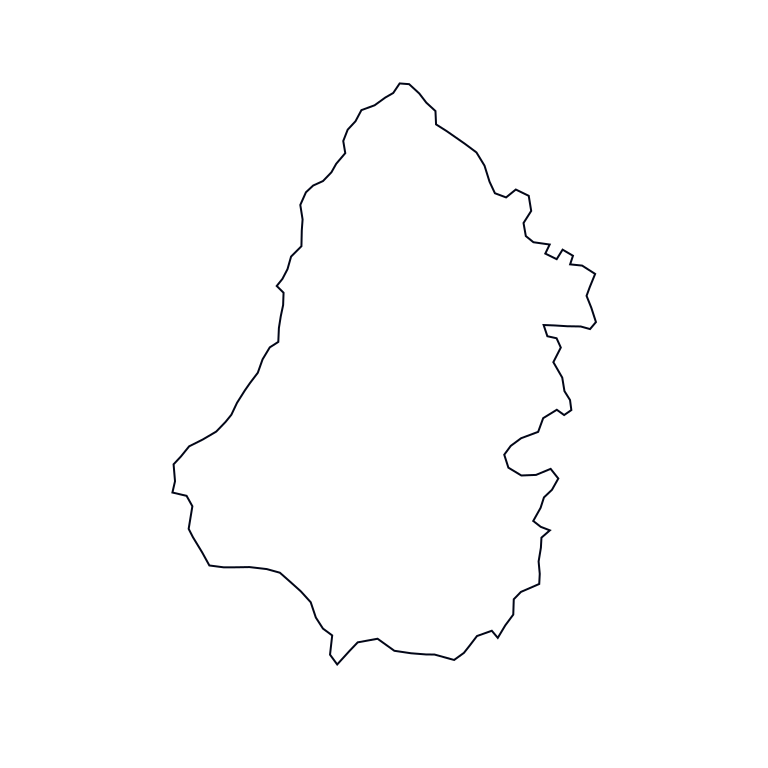 Capela do Alto, São Paulo, Brazil (Mercator projection), rotated 164°
{"feature_id": "56859067B13342023452969", "entity_name": "Capela do Alto", "entity_type": "district", "adm_level": 2, "iso_a3": "BRA", "parent_name": "Brazil", "parent_adm1": "São Paulo", "projection": "mercator", "projection_center": [-47.738, -23.473], "detail": "fine", "context": "isolated", "style": "outline", "palette": "ink", "viewbox_px": 768, "rotation_deg": 164, "n_neighbors": 0, "source": "geoboundaries", "source_scale": "gbopen_adm2", "svg_char_len": 1905}
<svg xmlns="http://www.w3.org/2000/svg" viewBox="0 0 768 768"><g transform="rotate(164 384 384)"><path d="M231.3,581.1L240.2,592.8L254.3,610.1L262.4,619.2L259.3,632.2L265.8,642.8L270.0,653.5L277.2,665.3L286.1,668.6L294.9,661.2L303.8,659.0L316.2,654.5L330.2,653.5L339.0,644.4L348.8,638.5L356.2,628.8L357.6,616.6L369.2,608.9L376.2,602.0L386.7,595.9L397.4,594.3L406.2,589.8L415.1,579.2L416.9,564.6L420.7,554.3L425.4,539.2L438.2,532.1L445.1,521.0L452.7,513.0L460.1,507.8L455.4,499.4L459.2,487.7L464.6,477.5L469.6,466.8L474.0,453.6L483.7,450.7L493.9,441.2L502.2,429.6L512.5,421.9L519.5,416.2L530.5,406.4L539.2,396.5L546.8,391.2L558.4,384.5L573.5,380.6L588.5,377.8L599.2,370.3L608.4,364.8L611.7,348.1L617.3,338.0L604.6,330.9L601.9,319.3L611.7,298.6L609.9,289.4L605.2,272.2L601.9,257.7L588.5,251.9L576.8,248.6L563.8,245.1L547.7,238.4L536.1,231.3L527.8,218.3L521.1,207.6L514.6,194.4L513.9,178.3L510.1,165.7L503.1,156.6L510.5,138.7L506.3,127.3L490.6,137.0L480.5,142.9L460.4,140.9L447.6,124.7L432.2,117.7L418.3,112.5L410.0,110.0L392.7,99.4L381.3,103.5L374.2,108.6L364.1,116.1L348.4,117.1L344.6,108.6L333.9,118.6L323.3,126.7L318.6,141.3L309.7,146.4L289.9,149.0L286.6,158.6L284.3,170.8L278.3,183.4L275.0,192.9L264.9,197.6L272.7,203.5L278.3,211.2L267.6,221.8L261.5,230.9L251.7,236.0L242.5,245.1L247.2,256.5L262.9,254.7L277.2,258.2L287.5,269.3L287.9,282.9L279.2,289.6L267.1,294.1L249.0,295.5L240.4,307.3L225.0,311.6L219.4,304.5L211.1,307.3L209.6,317.3L212.5,327.4L210.9,341.0L215.2,358.3L204.0,370.3L205.5,380.4L213.8,384.9L214.3,396.7L203.7,393.2L191.9,389.0L179.1,385.1L170.8,380.0L163.2,385.1L163.7,400.1L165.0,412.9L159.6,420.3L150.7,431.6L160.9,443.2L172.1,447.7L167.0,455.2L175.3,463.9L183.6,456.4L193.0,464.9L186.3,472.4L201.3,479.1L206.9,487.1L205.5,500.3L194.8,509.8L193.0,525.0L203.7,534.6L215.2,529.7L224.8,536.8L226.8,549.4L227.2,566.2L231.3,581.1Z" fill="none" stroke="#020617" stroke-width="2"/></g></svg>